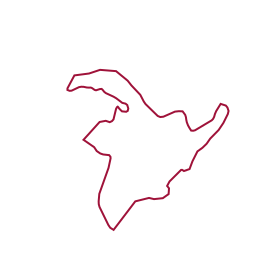 the border of Nidwalden, rotated 134°
{"feature_id": "CHE-164", "entity_name": "Nidwalden", "entity_type": "Canton", "adm_level": 1, "iso_a3": "CHE", "parent_name": "Switzerland", "parent_adm1": "", "projection": "equal_earth", "projection_center": [8.375, 46.893], "detail": "fine", "context": "isolated", "style": "outline", "palette": "rose", "viewbox_px": 256, "rotation_deg": 134, "n_neighbors": 0, "source": "natural_earth", "source_scale": "10m", "svg_char_len": 1403}
<svg xmlns="http://www.w3.org/2000/svg" viewBox="0 0 256 256"><g transform="rotate(134 128 128)"><path d="M163.7,64.3L175.7,71.8L211.3,67.6L212.1,71.5L211.4,74.8L204.6,93.6L203.1,96.1L201.1,98.2L195.3,102.9L170.2,114.3L162.0,119.4L160.9,120.6L160.6,122.7L164.3,127.5L165.6,130.3L166.3,134.5L165.3,139.0L167.4,151.8L143.4,152.6L138.3,149.0L136.5,145.2L134.2,144.3L131.9,144.4L122.5,149.9L120.7,150.4L119.8,150.2L119.8,149.5L120.1,148.1L120.2,146.3L120.2,143.9L117.6,140.6L115.9,140.1L113.8,141.3L112.0,144.5L112.2,146.7L113.9,149.6L114.8,157.1L115.5,160.1L118.3,168.2L118.5,170.3L118.2,172.5L118.2,174.1L119.4,175.2L123.1,177.2L123.8,178.5L124.2,181.3L124.5,182.3L124.9,183.0L125.7,183.8L127.3,185.5L129.2,188.5L130.7,190.2L132.6,191.6L140.3,194.5L141.8,195.8L142.7,198.0L141.5,199.1L127.4,203.1L115.9,193.9L105.6,188.5L95.4,176.1L94.2,161.1L95.0,155.1L95.6,142.2L98.0,135.0L98.6,132.0L98.7,115.0L97.7,112.4L95.3,110.4L83.6,105.6L80.6,103.1L78.1,100.3L78.8,96.0L80.0,93.8L81.6,91.8L83.0,89.7L84.4,86.7L85.2,84.1L86.0,80.8L84.7,79.2L83.1,78.2L64.3,73.1L62.3,73.1L60.1,73.8L57.5,75.2L54.6,76.3L46.3,78.1L43.9,73.2L44.2,70.7L45.9,67.5L48.6,65.9L58.1,62.9L66.5,61.4L78.5,61.5L84.7,60.5L90.5,60.7L96.6,61.8L107.2,58.5L114.8,55.2L120.1,57.9L120.4,59.5L120.6,60.1L121.3,60.7L137.6,61.0L142.5,59.6L142.9,56.6L147.3,52.9L154.3,54.2L161.1,59.9L163.7,64.3Z" fill="none" stroke="#9f1239" stroke-width="2"/></g></svg>